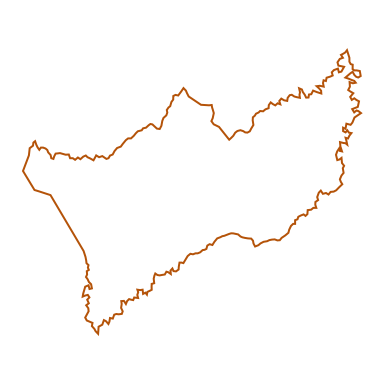 Roncador, Paraná, Brazil (Equal Earth projection)
{"feature_id": "56859067B4447919302568", "entity_name": "Roncador", "entity_type": "district", "adm_level": 2, "iso_a3": "BRA", "parent_name": "Brazil", "parent_adm1": "Paraná", "projection": "equal_earth", "projection_center": [-52.226, -24.572], "detail": "fine", "context": "isolated", "style": "outline", "palette": "amber", "viewbox_px": 384, "rotation_deg": 0, "n_neighbors": 0, "source": "geoboundaries", "source_scale": "gbopen_adm2", "svg_char_len": 4817}
<svg xmlns="http://www.w3.org/2000/svg" viewBox="0 0 384 384"><path d="M183.5,88.1L181.2,91.5L178.2,95.5L175.5,94.9L173.3,96.0L173.2,99.6L171.4,102.0L170.2,106.2L168.5,107.5L166.8,110.0L167.3,112.6L166.3,115.4L163.5,117.9L162.3,120.9L161.4,125.8L159.7,129.0L156.9,128.6L152.4,124.4L150.4,124.0L148.7,125.2L146.0,127.7L143.1,128.3L141.7,130.3L139.7,130.8L137.8,131.3L135.8,133.3L133.8,135.8L131.0,138.4L128.1,138.4L125.8,140.2L122.7,144.0L120.8,146.6L117.1,148.0L114.5,151.1L112.7,154.5L110.0,155.6L108.5,158.2L106.4,158.9L104.5,157.6L102.3,156.1L99.1,157.2L96.2,155.4L94.9,157.8L93.5,160.3L89.9,158.3L87.5,157.2L85.8,155.5L83.3,156.6L80.4,159.2L77.9,157.5L75.1,159.8L72.8,158.2L70.1,158.2L68.8,154.5L65.6,154.7L60.0,153.1L57.7,153.4L55.6,153.6L54.2,156.4L53.4,158.9L51.3,158.2L50.6,155.0L48.2,152.4L47.3,150.0L45.5,148.5L43.1,147.6L40.9,147.6L39.3,149.8L37.6,147.4L36.3,144.7L35.1,141.2L33.4,142.6L33.0,145.7L29.7,148.2L28.9,155.4L23.0,171.0L34.5,190.0L38.8,191.3L50.5,195.1L83.6,251.0L85.5,256.9L86.2,260.5L86.5,263.2L88.5,265.1L87.9,267.6L88.8,269.9L86.8,271.2L87.1,274.5L86.0,277.0L87.6,279.2L88.9,282.0L91.1,284.2L91.9,288.4L89.5,289.0L88.5,285.3L85.2,286.7L84.4,289.5L83.2,293.6L82.7,296.6L85.0,295.6L87.8,294.9L89.4,297.4L87.2,299.7L88.8,303.3L86.2,305.3L88.3,308.2L88.6,311.3L85.2,317.6L86.8,320.5L89.2,321.5L92.5,322.9L91.9,326.1L94.4,328.9L95.6,331.2L98.1,333.8L98.6,326.7L102.3,324.7L103.9,320.1L106.0,321.2L108.4,324.0L109.4,321.7L110.0,318.0L112.8,318.6L114.2,314.7L116.3,314.0L118.7,314.3L121.8,313.9L122.7,311.3L121.1,307.9L121.7,304.0L121.3,301.1L123.9,300.9L125.9,304.0L127.1,301.1L129.1,299.1L131.1,299.7L133.2,300.1L134.2,297.5L138.1,298.0L137.3,294.9L138.2,292.2L137.4,289.7L140.1,290.1L142.6,289.7L143.1,293.9L145.4,292.7L146.9,294.6L147.4,291.9L149.6,290.9L151.7,289.8L151.6,287.1L151.7,283.9L154.2,283.2L153.7,278.7L154.4,275.7L155.3,273.5L157.4,275.0L159.6,275.4L162.3,274.9L164.8,274.5L166.4,271.7L168.2,272.2L170.8,274.0L170.5,270.6L172.4,268.5L173.5,271.1L176.0,271.4L178.6,269.5L178.8,266.6L179.5,262.6L181.5,262.6L183.4,263.1L185.7,259.3L187.7,256.0L190.4,253.8L193.0,254.3L195.6,253.3L197.8,253.3L200.2,252.3L202.6,250.1L204.6,249.8L206.4,248.9L207.3,245.6L209.6,244.2L212.4,245.0L214.4,241.8L217.2,238.4L220.4,237.2L222.3,236.2L224.3,235.8L229.2,233.9L231.2,233.3L233.3,233.4L238.1,234.4L240.5,236.5L242.3,237.3L244.9,237.9L248.0,238.4L251.2,238.6L253.0,240.7L253.5,243.5L255.1,246.5L258.4,245.2L260.5,243.4L263.6,241.8L267.2,241.2L269.4,240.1L272.0,239.6L274.7,239.4L277.4,240.4L279.8,240.2L281.6,237.9L285.3,235.4L288.4,232.8L289.2,229.7L291.0,225.9L293.1,223.9L295.1,223.9L295.1,220.2L297.5,219.3L298.3,216.8L300.8,215.5L303.6,214.4L305.5,215.9L307.4,214.1L307.7,210.1L311.1,209.7L313.3,207.9L316.3,207.9L315.3,204.8L315.4,202.0L318.1,200.1L317.2,197.1L318.8,192.7L320.8,190.6L322.9,193.8L326.0,193.0L328.5,194.5L330.6,191.9L333.7,191.6L336.2,190.3L339.0,187.4L342.3,184.2L340.8,181.8L339.9,179.3L341.5,175.5L343.6,172.9L342.8,168.2L344.1,165.8L342.0,163.1L341.5,157.9L339.4,159.5L337.3,160.1L336.0,154.8L337.2,151.4L340.4,146.5L340.0,142.1L343.4,143.0L345.5,143.2L347.2,144.6L346.4,140.7L345.6,137.8L348.0,138.5L349.5,135.5L351.4,133.1L348.9,132.6L347.3,130.3L345.6,132.4L343.1,131.1L343.1,127.7L345.5,128.8L346.4,123.7L350.6,124.8L352.4,122.6L354.5,117.5L361.0,113.1L358.4,111.1L356.5,110.5L354.2,112.4L352.2,109.1L357.8,106.9L359.0,101.3L356.5,100.0L354.3,98.3L351.8,99.9L350.2,96.9L353.3,93.2L350.2,91.4L348.2,90.0L349.9,86.7L349.6,82.1L352.9,83.3L355.7,82.7L354.3,80.9L351.5,79.9L348.4,78.6L345.4,77.6L350.4,73.3L352.6,71.8L354.4,75.0L356.2,76.8L358.2,77.5L360.7,76.0L359.8,71.0L356.6,70.4L354.3,70.4L352.6,69.1L352.7,64.7L350.7,64.1L349.4,61.7L349.4,57.8L347.0,50.2L345.2,52.5L343.1,53.8L341.0,54.9L342.9,57.8L339.8,58.9L337.5,62.3L338.4,65.6L344.1,66.8L341.4,71.6L338.9,72.3L337.9,68.6L333.9,70.1L331.8,72.3L332.7,75.5L330.0,76.7L326.6,77.7L325.9,81.0L323.6,80.3L323.0,83.0L323.7,86.6L319.9,85.8L316.7,86.2L319.2,88.5L321.1,90.7L321.3,93.5L316.9,92.1L313.1,90.6L311.3,94.2L309.0,94.5L308.5,97.5L306.1,97.6L304.8,94.8L302.8,92.0L301.9,89.5L299.1,88.3L300.0,92.3L299.5,94.8L299.9,97.8L296.9,97.2L294.3,96.5L291.8,94.8L289.7,95.2L287.7,97.8L287.2,100.9L284.1,100.3L281.3,98.6L279.3,101.0L280.3,104.3L277.6,103.3L275.3,105.4L272.9,104.1L270.7,102.4L268.8,105.1L268.6,108.2L265.5,109.3L263.1,111.3L260.1,111.0L258.6,112.5L256.0,113.7L254.8,115.7L252.9,117.3L252.7,120.3L253.4,125.0L251.2,128.6L249.8,131.3L247.4,132.6L245.2,132.4L243.2,131.1L240.4,130.2L237.4,131.0L235.2,132.7L233.3,135.8L231.2,137.9L229.2,139.7L219.0,126.9L213.7,124.3L211.4,121.1L212.7,118.2L213.8,113.1L212.9,110.0L212.1,107.5L211.7,105.0L209.1,105.3L201.0,104.8L188.7,96.5L187.0,93.2L185.9,90.6L183.5,88.1ZM340.4,146.5L339.9,150.9L342.0,151.4L340.4,146.5Z" fill="none" stroke="#b45309" stroke-width="2"/></svg>